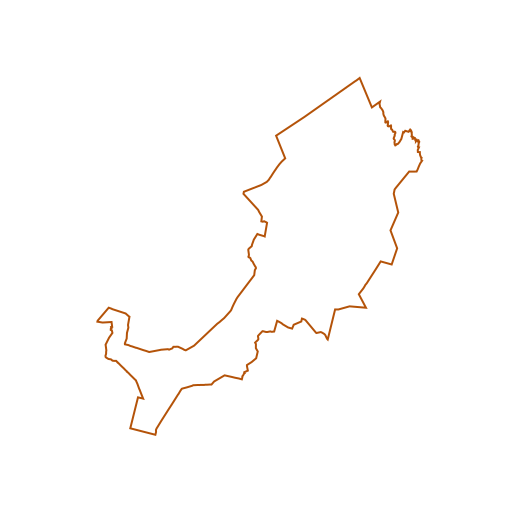 Asunción Ixtaltepec, Oaxaca, Mexico, rotated 14°
{"feature_id": "50627088B96030209859485", "entity_name": "Asunción Ixtaltepec", "entity_type": "district", "adm_level": 2, "iso_a3": "MEX", "parent_name": "Mexico", "parent_adm1": "Oaxaca", "projection": "equal_earth", "projection_center": [-94.983, 16.644], "detail": "fine", "context": "isolated", "style": "outline", "palette": "amber", "viewbox_px": 512, "rotation_deg": 14, "n_neighbors": 0, "source": "geoboundaries", "source_scale": "gbopen_adm2", "svg_char_len": 6015}
<svg xmlns="http://www.w3.org/2000/svg" viewBox="0 0 512 512"><g transform="rotate(14 256 256)"><path d="M275.8,369.2L273.8,364.9L273.6,364.0L277.4,360.0L280.9,355.2L280.8,348.2L278.2,345.5L278.0,344.8L277.7,343.5L277.2,341.4L276.1,340.3L276.6,339.4L277.5,338.1L278.3,336.7L278.4,336.3L278.3,335.9L278.2,335.4L277.4,333.6L277.3,333.3L277.3,333.0L278.1,331.5L280.4,327.5L280.7,327.3L283.2,327.3L284.3,327.3L285.4,327.0L287.7,325.9L288.2,325.7L289.0,325.8L289.8,325.7L291.9,324.9L291.9,324.4L292.2,313.8L294.4,314.3L296.6,314.9L297.2,315.1L298.5,315.8L304.5,317.6L304.9,317.6L308.6,317.7L309.2,313.9L309.2,313.6L315.8,308.6L315.7,305.6L316.3,305.6L318.9,306.0L319.6,306.3L332.9,316.0L333.3,316.1L334.7,315.4L337.1,314.2L337.9,314.2L339.1,314.5L341.0,315.1L341.9,315.6L342.5,316.1L343.2,317.0L344.7,318.8L345.3,319.4L345.8,319.7L345.7,291.0L345.7,288.7L348.8,288.0L359.0,282.2L375.2,279.6L365.0,268.2L368.0,261.4L368.8,258.9L369.1,257.6L370.0,255.8L375.4,239.9L378.3,231.1L389.7,231.4L391.1,214.4L380.3,198.6L383.5,179.4L374.6,162.3L374.4,157.9L375.3,155.8L384.2,137.0L387.7,136.2L391.4,135.2L391.9,133.0L392.3,129.9L392.9,126.5L394.0,123.6L393.6,123.6L392.8,121.5L392.9,120.6L392.0,120.1L390.7,118.2L390.0,116.3L389.9,115.6L387.9,115.9L387.3,114.0L387.8,111.2L387.1,111.3L386.6,110.6L386.9,109.6L386.6,107.7L386.8,105.7L386.5,105.4L386.3,105.2L386.0,105.4L385.8,105.7L385.4,105.8L385.3,104.4L384.4,104.7L384.3,105.2L383.8,105.3L383.7,105.1L383.5,105.6L383.4,105.0L382.9,105.5L382.7,105.4L382.6,104.5L382.5,104.2L382.2,104.1L381.9,104.0L381.6,103.6L381.6,103.1L381.1,103.0L381.0,103.8L379.6,104.4L379.3,103.5L379.6,103.0L379.3,102.4L378.7,102.4L378.4,102.7L377.9,102.4L378.0,101.0L377.4,99.4L377.4,98.8L376.9,97.8L375.6,97.7L376.0,96.6L375.0,96.0L373.9,98.6L370.5,98.4L369.7,100.3L368.8,100.1L368.7,107.4L368.6,107.8L368.4,108.0L368.3,108.5L368.1,109.2L367.6,110.8L367.0,112.0L366.7,112.7L366.3,113.1L366.1,113.3L365.7,113.3L365.4,113.4L365.2,113.7L365.0,114.3L364.7,114.8L364.4,115.0L363.6,114.2L363.4,113.7L363.2,113.0L362.9,112.3L362.8,111.9L362.9,111.0L362.9,110.6L362.4,109.8L362.2,109.6L361.8,109.3L361.5,109.2L361.3,108.9L361.1,108.5L361.2,107.7L361.3,107.1L361.3,106.6L361.5,106.1L361.5,105.6L361.3,105.3L361.2,104.6L361.5,103.0L361.4,102.5L361.2,102.1L360.9,101.9L360.5,101.8L360.1,102.1L359.8,102.2L359.0,102.3L358.6,101.8L358.2,101.4L357.7,100.7L357.4,100.4L356.9,100.4L356.6,100.3L356.1,99.4L355.8,98.0L355.7,97.5L355.6,97.1L355.3,96.7L353.7,98.1L353.3,98.0L353.0,98.1L352.6,98.1L352.3,97.8L352.1,97.3L352.1,97.0L352.2,96.5L351.9,95.3L351.9,94.7L351.8,94.3L351.7,94.0L351.5,93.6L351.4,93.4L351.0,93.5L350.6,94.4L349.8,95.1L349.5,95.2L349.2,95.1L348.7,93.1L348.6,92.4L348.5,91.8L348.4,91.4L348.2,91.0L347.8,90.7L347.5,90.3L347.3,90.0L346.6,89.4L346.2,88.9L345.6,88.1L345.1,87.0L344.9,86.4L344.8,85.7L344.4,85.1L344.0,84.5L343.7,84.2L343.2,83.6L342.9,83.4L341.9,82.5L341.5,82.2L340.9,81.9L340.4,81.5L340.2,80.9L339.9,80.3L339.6,79.7L339.0,78.4L339.0,76.2L332.5,83.8L313.5,58.2L310.8,61.6L310.3,62.0L306.4,66.5L303.7,69.6L269.3,109.4L246.4,134.4L260.7,154.2L258.1,158.2L256.5,161.3L254.9,165.1L253.9,167.9L253.7,168.4L253.6,168.5L253.5,168.9L252.6,171.4L251.7,174.1L251.2,175.7L250.9,176.2L249.9,179.2L249.3,180.1L248.8,181.1L248.5,181.5L244.1,185.7L228.7,196.6L228.8,198.7L247.0,210.8L248.3,212.4L252.2,216.3L252.8,221.1L254.4,221.1L254.7,220.8L255.3,220.4L255.8,220.3L256.2,220.5L257.3,220.7L258.0,220.8L258.7,221.1L259.7,234.9L259.3,234.8L259.0,234.8L254.0,234.6L252.0,234.3L249.9,240.7L249.9,240.8L249.8,242.1L249.4,246.0L249.5,247.3L249.4,247.7L249.2,247.9L247.3,250.6L247.2,250.8L247.1,251.2L247.0,251.4L247.0,251.6L247.0,251.8L247.2,252.4L248.7,256.1L248.8,256.4L248.9,256.8L248.9,258.1L249.0,258.5L248.9,258.7L249.3,259.0L249.8,259.0L250.4,259.1L251.0,259.4L252.5,261.5L253.6,262.0L254.2,262.4L255.6,264.1L256.4,264.9L257.2,265.8L258.0,266.5L258.5,267.0L258.9,267.8L258.6,268.9L258.3,270.0L258.9,275.0L258.7,275.5L248.1,300.3L247.4,302.4L246.1,308.0L245.5,311.1L245.0,314.4L244.5,315.7L240.1,324.0L238.2,326.6L236.7,328.8L234.8,331.1L217.6,358.0L210.7,364.5L209.1,364.4L208.5,364.2L207.1,363.8L202.3,362.9L197.8,364.1L197.1,365.9L194.3,367.9L193.1,367.7L186.6,369.9L185.4,370.5L175.6,375.0L172.3,374.7L169.6,374.6L162.3,374.0L161.8,374.1L157.5,373.7L155.9,373.7L153.9,373.3L150.2,373.4L149.9,372.5L149.9,372.4L150.5,367.4L149.4,361.8L149.5,356.6L149.5,356.4L148.5,353.9L147.9,345.5L147.2,345.3L143.4,343.3L129.2,342.3L128.8,342.1L125.6,341.8L118.0,357.1L118.0,358.1L123.2,357.7L131.8,355.0L133.6,359.6L132.6,360.0L133.0,360.7L132.8,360.7L132.7,362.0L132.9,362.2L133.0,362.9L134.0,363.0L134.3,363.4L135.3,365.4L133.2,370.8L131.5,378.5L132.0,379.6L132.4,380.7L132.6,381.0L132.7,381.4L133.0,382.2L133.6,383.7L133.8,385.5L134.1,386.5L134.2,387.8L134.1,388.6L134.1,389.4L134.7,390.6L137.0,391.4L137.9,391.6L139.0,391.5L140.0,391.4L140.7,391.5L141.4,392.0L141.5,392.0L141.9,392.2L142.1,392.2L142.3,392.2L142.6,392.3L145.2,391.7L145.7,391.6L146.7,392.3L146.7,392.2L147.9,392.9L148.6,393.3L151.0,394.8L152.9,395.9L154.9,397.0L155.5,397.4L156.5,398.0L157.4,398.6L158.1,398.9L158.9,399.4L158.9,399.5L159.0,399.5L159.3,399.7L160.8,400.5L162.8,401.8L165.4,403.3L167.9,404.8L169.7,405.8L169.8,406.1L171.9,408.8L174.9,413.3L175.2,413.6L175.3,413.7L177.9,417.4L181.0,421.7L175.7,421.7L175.7,453.6L201.6,453.8L201.6,452.4L201.6,451.6L201.6,451.0L201.4,450.2L201.2,449.6L201.0,449.1L201.1,448.4L201.3,447.2L201.5,446.7L204.0,438.8L208.1,426.5L210.3,420.1L213.9,409.2L214.0,409.0L214.1,408.9L215.3,404.9L216.1,402.8L217.2,402.1L217.6,401.9L220.7,400.2L225.4,397.4L225.8,397.1L226.2,396.7L226.3,396.6L228.3,396.0L228.7,395.9L228.9,395.8L230.9,395.2L232.7,394.8L233.1,394.6L237.0,393.6L237.9,393.2L239.8,392.7L242.9,391.7L243.9,391.5L245.7,387.9L254.4,379.4L262.1,379.2L263.0,379.2L264.9,379.2L269.0,379.0L272.1,379.1L272.1,377.1L271.9,376.3L272.0,375.6L272.3,375.3L272.6,374.1L272.7,373.5L272.9,372.9L273.2,372.6L272.9,372.4L272.8,372.1L272.7,371.6L275.8,369.2Z" fill="none" stroke="#b45309" stroke-width="2"/></g></svg>